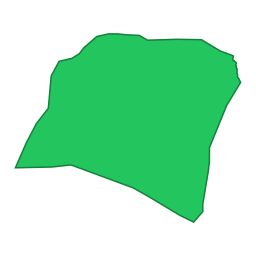 Ceel, Govi-Altay, Mongolia (Mercator projection)
{"feature_id": "93677404B88307122789623", "entity_name": "Ceel", "entity_type": "district", "adm_level": 2, "iso_a3": "MNG", "parent_name": "Mongolia", "parent_adm1": "Govi-Altay", "projection": "mercator", "projection_center": [96.016, 45.422], "detail": "fine", "context": "isolated", "style": "filled", "palette": "green", "viewbox_px": 256, "rotation_deg": 0, "n_neighbors": 0, "source": "geoboundaries", "source_scale": "gbopen_adm2", "svg_char_len": 1017}
<svg xmlns="http://www.w3.org/2000/svg" viewBox="0 0 256 256"><path d="M193.7,222.1L202.8,211.6L202.8,204.1L208.4,170.6L209.4,161.8L209.5,147.5L226.7,105.4L240.6,82.4L240.3,81.7L239.7,80.5L238.9,78.9L238.6,78.2L238.2,77.7L237.6,77.3L237.4,76.8L237.4,76.3L237.6,75.5L237.6,74.6L237.3,74.0L236.9,73.2L236.9,72.7L237.1,72.2L237.2,71.8L237.1,71.3L237.0,70.8L237.0,70.1L237.2,69.3L237.2,69.0L236.8,68.6L236.5,68.2L236.3,67.6L236.2,67.4L236.2,67.1L236.3,66.5L236.4,66.2L236.2,65.7L235.9,65.3L235.8,64.9L235.8,64.4L236.1,63.8L236.2,63.1L236.1,62.5L235.6,62.1L235.0,61.7L234.4,61.1L234.2,60.6L233.8,60.5L233.1,60.3L232.8,59.8L232.8,59.1L232.9,58.5L233.1,57.7L233.1,56.9L233.4,56.3L233.3,55.9L233.0,55.7L220.0,50.9L201.5,39.7L177.1,39.3L147.6,40.2L139.3,35.4L126.2,34.8L117.8,33.9L108.4,33.9L96.8,36.5L83.8,47.8L79.4,53.6L72.0,58.3L59.1,61.3L51.2,75.9L48.3,108.3L36.5,123.4L26.3,142.8L15.4,167.8L52.1,167.0L70.9,164.9L133.2,187.9L151.0,198.0L180.1,215.5L193.7,222.1Z" fill="#22c55e" stroke="#15803d" stroke-width="1.5"/></svg>